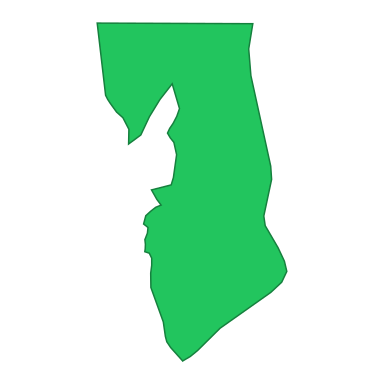 outline of Compostela Valley
{"feature_id": "PHL-2592", "entity_name": "Compostela Valley", "entity_type": "Province", "adm_level": 1, "iso_a3": "PHL", "parent_name": "Philippines", "parent_adm1": "", "projection": "natural_earth1", "projection_center": [125.941, 7.522], "detail": "fine", "context": "isolated", "style": "filled", "palette": "green", "viewbox_px": 384, "rotation_deg": 0, "n_neighbors": 0, "source": "natural_earth", "source_scale": "10m", "svg_char_len": 867}
<svg xmlns="http://www.w3.org/2000/svg" viewBox="0 0 384 384"><path d="M182.7,361.0L170.7,347.6L166.8,341.8L165.4,336.5L163.3,321.9L150.9,287.5L150.7,273.1L151.7,265.3L151.7,258.2L149.3,253.2L144.8,251.7L145.2,249.0L145.4,244.4L144.9,239.6L147.4,233.2L148.0,227.5L143.6,224.0L145.8,215.7L150.6,211.3L155.7,207.3L161.1,205.1L156.8,199.3L151.5,189.9L171.2,184.9L173.4,177.6L176.6,154.7L173.9,142.4L170.3,137.9L167.5,133.1L169.7,128.4L173.1,123.4L176.8,116.3L179.5,108.6L172.2,83.8L160.0,99.4L149.4,116.7L140.8,135.0L128.6,144.0L128.9,129.3L122.9,117.7L116.6,112.1L110.3,103.4L107.7,99.4L105.6,95.3L97.2,23.1L252.8,23.7L248.7,48.9L250.9,75.7L270.7,166.1L271.6,179.4L263.8,216.0L265.2,225.7L278.1,247.8L284.4,261.2L286.8,271.4L281.7,282.2L270.9,292.3L220.1,328.2L197.6,350.5L190.4,356.4L182.8,360.9L182.7,361.0Z" fill="#22c55e" stroke="#15803d" stroke-width="1.5"/></svg>